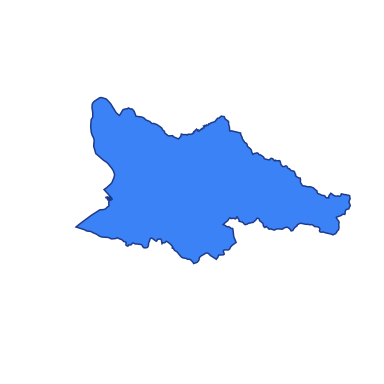 Tien Yen, Quảng Ninh, Vietnam, rotated 133°
{"feature_id": "81297802B1435628045096", "entity_name": "Tien Yen", "entity_type": "district", "adm_level": 2, "iso_a3": "VNM", "parent_name": "Vietnam", "parent_adm1": "Quảng Ninh", "projection": "natural_earth1", "projection_center": [107.339, 21.373], "detail": "fine", "context": "isolated", "style": "filled", "palette": "blue", "viewbox_px": 384, "rotation_deg": 133, "n_neighbors": 0, "source": "geoboundaries", "source_scale": "gbopen_adm2", "svg_char_len": 6055}
<svg xmlns="http://www.w3.org/2000/svg" viewBox="0 0 384 384"><g transform="rotate(133 192 192)"><path d="M178.8,298.6L185.4,297.2L185.7,299.5L185.7,301.6L182.9,311.8L182.5,316.8L182.5,318.3L184.6,322.6L186.0,323.8L192.6,325.4L194.8,325.2L196.3,324.5L198.7,322.5L201.4,319.0L204.9,315.7L205.7,315.4L207.2,315.3L208.1,314.9L213.3,310.7L217.1,306.3L218.6,303.6L219.3,301.6L220.3,299.6L221.3,298.5L224.4,296.1L225.8,294.8L229.5,288.6L229.1,278.2L228.5,274.8L228.5,273.1L229.4,266.8L230.0,264.4L230.9,262.5L231.8,260.9L232.6,260.1L234.7,258.9L239.7,257.0L241.8,256.9L247.3,257.4L250.2,258.0L251.2,246.9L251.5,245.7L251.9,245.4L252.6,245.5L255.0,246.8L257.0,245.3L258.7,243.3L261.2,243.7L263.3,243.7L265.4,244.9L267.8,247.2L277.5,249.7L291.2,252.2L296.7,253.0L292.9,244.9L292.4,242.6L289.8,238.9L289.3,236.6L288.6,234.9L287.9,232.7L287.6,230.6L287.2,229.0L286.7,227.8L285.9,226.6L282.5,222.4L281.9,221.2L281.4,219.2L280.9,218.6L277.9,215.9L276.7,215.7L276.3,215.4L276.2,214.4L274.8,211.0L274.7,208.0L273.8,206.6L273.9,206.0L274.1,205.4L275.2,204.8L275.8,204.2L275.8,203.2L275.5,202.2L275.0,201.9L273.8,202.1L272.3,200.6L269.9,200.6L269.1,199.8L268.8,198.2L267.2,196.4L265.0,193.1L264.9,192.3L265.5,191.0L265.7,189.5L265.1,188.5L263.6,187.1L262.2,186.8L260.4,187.7L258.9,189.0L257.0,189.6L255.0,190.6L254.1,190.6L253.5,190.3L253.0,189.2L252.6,185.7L252.3,184.5L251.8,184.4L250.6,184.8L249.9,184.8L247.7,182.9L247.9,181.8L250.3,178.6L250.0,178.5L248.9,178.6L248.0,177.5L247.1,177.2L245.6,177.3L245.3,176.7L244.8,172.4L245.2,169.0L245.3,168.8L246.1,168.5L246.5,168.1L245.8,167.2L246.5,165.5L246.5,164.8L246.0,162.2L246.7,156.9L246.8,155.2L246.5,153.9L244.7,151.2L244.2,149.5L242.5,147.2L242.7,143.3L243.2,142.0L240.6,140.6L239.7,140.3L237.8,140.3L236.9,140.6L235.0,141.8L234.4,141.9L232.4,141.7L227.0,140.0L226.1,139.0L225.8,138.0L225.9,135.2L224.6,128.3L222.1,128.6L220.0,129.5L216.5,126.2L215.7,126.0L215.4,126.1L214.0,128.6L213.2,129.1L212.4,128.8L211.6,128.2L209.8,126.1L209.2,125.8L208.0,125.6L206.2,126.2L203.6,126.3L198.8,125.3L196.2,131.0L192.4,135.4L191.0,137.3L191.1,137.7L192.0,138.6L192.0,140.2L192.3,141.5L193.6,142.7L193.8,144.8L194.6,147.0L191.5,146.8L188.6,146.3L186.5,146.8L184.8,146.6L184.8,145.3L182.9,143.8L182.1,141.9L181.3,141.7L179.9,142.3L179.4,142.0L180.0,140.1L180.2,138.8L180.7,138.1L181.3,137.6L179.6,134.5L179.6,133.7L179.8,131.8L179.6,130.8L177.8,129.7L176.0,129.2L175.1,128.3L173.6,127.5L172.7,126.6L169.2,126.2L167.0,126.6L165.9,125.3L166.0,124.5L166.9,122.8L166.7,121.0L166.6,118.8L168.1,116.6L168.4,115.8L168.4,114.9L168.2,114.4L166.9,114.4L166.5,114.1L166.6,112.8L166.3,111.9L166.7,110.8L166.7,110.4L166.2,109.8L165.5,109.5L165.1,109.0L164.8,107.9L163.6,105.7L162.2,105.3L160.7,104.4L157.8,100.8L156.9,100.3L155.3,100.1L152.9,98.5L152.6,97.8L152.3,95.7L152.4,94.8L152.9,93.0L151.4,92.0L149.9,92.4L147.5,92.6L145.2,92.1L144.1,92.6L141.6,91.8L140.5,90.9L138.0,86.7L136.5,85.1L135.6,83.5L134.2,82.2L133.8,81.3L133.6,78.7L131.7,76.3L131.4,74.9L131.4,74.2L131.7,73.4L132.1,73.0L133.2,72.6L133.7,71.9L133.8,71.1L133.3,70.1L131.9,68.9L130.6,66.2L128.0,61.8L127.2,59.7L125.1,58.8L123.3,58.6L121.7,59.1L119.8,59.1L119.0,59.4L117.7,60.3L115.4,62.8L114.3,63.4L113.8,63.9L113.3,64.8L113.0,66.6L112.4,69.0L111.9,69.2L107.2,66.8L105.7,66.7L105.0,66.1L104.2,65.0L103.2,65.4L101.8,66.7L99.9,67.3L99.5,67.2L98.3,66.3L97.3,65.8L95.6,66.6L94.1,66.9L93.1,68.6L92.5,70.4L92.1,70.7L91.2,70.7L90.6,71.5L89.7,71.5L88.9,71.9L88.2,73.1L87.3,73.9L87.4,75.1L88.5,76.4L88.9,77.6L89.8,78.6L91.4,81.4L91.9,81.5L92.5,80.9L94.5,81.0L95.4,82.7L96.3,83.3L97.1,84.2L97.8,85.8L98.2,89.6L100.8,89.4L102.1,88.9L103.0,88.0L104.6,89.9L104.7,90.3L104.3,91.8L104.4,92.8L105.9,94.9L106.4,96.9L107.3,98.9L107.2,99.6L105.9,101.6L106.2,102.8L106.2,106.1L107.3,108.8L108.0,109.7L109.1,110.7L110.9,113.9L111.7,114.9L112.0,115.7L111.1,119.0L110.3,120.1L109.1,120.8L108.6,121.7L108.0,122.3L108.8,123.4L109.3,124.9L109.5,127.4L108.5,128.1L108.1,129.7L107.4,130.5L107.3,131.8L108.4,133.5L108.8,134.8L108.7,135.8L108.5,136.6L109.1,137.5L109.2,138.1L108.5,140.1L108.5,140.5L109.1,141.3L110.9,142.2L111.5,142.9L111.6,143.9L111.3,144.7L111.3,145.8L110.0,147.5L109.3,148.9L109.3,149.3L109.8,149.9L110.9,150.6L111.5,151.7L111.8,152.6L112.8,152.6L112.8,154.3L112.6,155.6L113.1,156.8L113.6,157.2L115.9,157.4L117.6,160.3L118.3,161.7L118.3,162.1L117.7,163.1L117.7,164.2L118.1,167.1L119.0,168.4L118.6,169.8L118.8,170.7L119.5,171.5L120.4,171.9L121.1,172.6L122.9,173.1L122.1,175.5L121.0,177.0L120.6,178.5L120.8,182.7L119.6,184.2L119.3,185.4L119.9,187.5L119.5,188.2L118.9,191.0L117.5,193.4L117.1,194.9L115.7,196.7L120.3,204.8L121.5,205.8L121.6,206.1L118.9,209.0L117.5,211.4L115.6,213.3L115.5,214.0L115.6,214.9L116.0,217.2L115.8,218.0L115.0,219.4L115.0,220.0L115.7,221.0L116.0,221.3L116.5,222.3L116.8,222.4L119.6,222.7L120.7,223.6L125.0,223.3L128.8,225.4L130.6,225.7L130.9,226.2L131.4,225.8L132.3,225.9L133.1,227.2L133.9,226.7L134.2,226.7L134.5,227.1L134.6,228.0L135.3,227.9L135.9,228.5L136.5,227.3L137.0,227.0L137.4,227.1L137.9,227.7L138.5,228.0L138.9,228.0L139.1,227.6L139.4,227.5L140.4,228.4L142.4,228.2L143.0,228.7L143.4,229.5L143.1,229.9L142.5,230.0L143.1,230.8L143.0,231.6L143.9,231.5L144.7,231.7L145.5,231.4L146.5,231.9L147.0,231.3L147.8,231.1L148.1,231.5L149.1,231.4L150.0,231.9L150.9,232.5L151.6,233.4L152.5,234.3L153.6,234.3L154.1,235.6L156.1,237.6L156.9,239.3L159.0,238.1L162.4,238.1L164.2,243.1L164.0,244.6L166.7,247.1L167.1,247.9L167.4,252.3L166.4,253.6L166.6,256.1L165.9,257.4L165.9,259.0L166.6,263.6L167.8,266.5L168.8,267.5L169.2,268.1L169.3,268.8L169.2,270.9L170.8,275.1L170.8,275.9L170.5,276.7L171.1,279.2L172.1,280.9L174.8,284.6L172.4,289.4L172.1,291.9L172.3,292.6L172.5,293.0L173.4,293.7L173.6,295.2L174.0,295.9L175.3,296.0L176.7,297.4L178.8,298.6ZM254.9,248.9L255.1,248.1L254.2,247.9L252.9,247.1L253.0,246.6L252.1,245.9L251.9,247.6L252.2,248.1L252.4,248.3L252.3,248.7L252.3,249.2L252.9,249.5L253.3,249.9L253.3,250.6L254.0,250.8L254.4,251.3L254.7,251.3L254.9,250.9L254.2,250.1L253.7,248.7L254.0,248.6L254.9,248.9Z" fill="#3b82f6" stroke="#1e3a8a" stroke-width="1.5"/></g></svg>